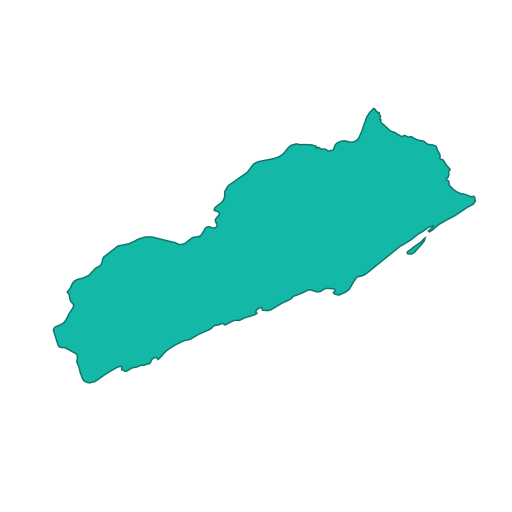 the Province of Namibe, rotated 236°
{"feature_id": "AGO-1893", "entity_name": "Namibe", "entity_type": "Province", "adm_level": 1, "iso_a3": "AGO", "parent_name": "Angola", "parent_adm1": "", "projection": "equal_earth", "projection_center": [12.66, -15.394], "detail": "fine", "context": "isolated", "style": "filled", "palette": "teal", "viewbox_px": 512, "rotation_deg": 236, "n_neighbors": 0, "source": "natural_earth", "source_scale": "10m", "svg_char_len": 4647}
<svg xmlns="http://www.w3.org/2000/svg" viewBox="0 0 512 512"><g transform="rotate(236 256 256)"><path d="M299.0,435.7L297.4,434.2L295.5,434.4L293.6,435.2L284.5,437.3L280.1,440.6L277.4,441.4L275.8,442.5L273.7,443.2L273.3,444.3L273.2,445.6L272.8,446.6L272.1,447.3L270.6,447.9L269.9,448.2L269.2,449.1L268.5,450.8L267.9,451.7L265.0,452.9L261.3,455.2L258.3,458.5L256.7,459.6L254.6,460.0L252.5,460.9L248.7,465.1L246.6,466.5L245.6,466.6L242.6,465.7L237.6,465.2L236.0,464.5L234.0,463.0L233.1,463.0L232.0,464.2L230.7,464.9L225.3,464.6L219.2,465.4L218.9,464.9L218.6,463.8L218.2,462.8L217.4,462.3L216.5,462.0L215.6,461.3L214.8,460.6L214.3,460.0L213.9,459.1L213.8,458.2L213.6,457.4L213.1,456.8L212.3,456.5L211.9,456.8L211.4,457.3L210.5,457.6L207.5,456.4L206.7,455.7L206.1,455.6L205.6,455.9L205.0,456.1L201.1,456.8L197.2,458.2L193.7,460.3L189.7,464.2L186.3,466.4L184.7,467.7L184.2,468.6L184.0,469.4L183.6,469.9L182.3,470.1L181.4,469.8L180.0,468.8L178.8,468.6L178.8,467.7L178.1,467.0L177.7,465.9L177.5,464.5L177.6,463.0L178.2,458.6L178.2,443.6L179.3,433.8L179.9,424.9L178.9,416.9L178.9,413.4L180.4,412.9L180.8,417.7L181.9,419.8L183.3,414.9L183.1,406.2L183.5,403.2L182.7,392.4L183.4,380.4L179.7,337.2L179.8,334.9L180.2,333.1L182.1,327.9L180.1,322.7L176.1,314.4L176.0,309.5L177.3,302.8L178.3,301.8L180.1,300.3L181.8,299.4L182.6,300.1L183.0,302.1L184.0,302.7L185.2,302.2L189.5,296.8L190.2,295.1L190.5,293.6L190.5,290.4L190.8,288.8L192.5,286.1L197.7,282.1L198.8,279.4L199.1,276.1L200.8,267.5L201.8,264.5L200.9,261.4L201.2,258.1L202.3,251.6L203.1,238.1L203.6,236.4L204.4,234.9L207.3,231.2L207.9,231.0L209.2,231.9L209.9,231.9L210.7,230.8L211.1,228.8L211.0,226.8L210.5,225.3L209.2,224.4L208.3,224.8L207.9,224.6L208.1,222.2L209.0,218.6L211.2,211.7L211.6,207.7L212.0,206.1L212.8,204.9L213.8,203.7L214.5,202.5L215.0,201.0L215.8,194.7L215.8,193.2L216.0,192.4L216.6,191.3L217.2,191.3L217.8,191.5L218.4,191.2L219.1,189.7L219.8,186.5L221.5,182.9L221.5,180.9L221.1,178.8L221.0,176.7L221.2,175.2L221.8,172.6L223.2,164.2L223.7,155.1L224.2,153.5L225.5,150.6L226.5,146.6L227.4,139.0L227.7,131.6L227.4,127.9L226.5,124.0L225.9,122.2L225.7,121.3L225.6,120.1L225.5,119.5L225.1,118.4L225.0,117.8L225.1,116.9L225.4,117.0L225.8,117.2L226.5,116.8L227.6,116.5L228.0,116.2L228.3,115.3L228.5,114.3L228.6,113.2L228.5,112.2L227.8,110.6L226.8,109.1L226.3,107.4L227.6,104.5L228.0,102.1L229.8,99.4L230.1,97.7L230.4,96.0L230.9,94.3L232.3,91.3L232.6,90.1L232.7,86.1L232.9,84.3L233.6,82.9L235.7,82.1L236.2,81.5L236.6,81.1L237.3,81.2L238.4,82.4L239.0,82.9L239.6,82.8L241.1,80.2L241.6,76.2L242.2,64.2L241.9,52.9L242.2,51.5L243.4,48.5L243.7,47.2L246.5,44.7L248.1,43.8L250.5,43.4L258.3,45.3L262.5,47.0L268.5,48.2L272.2,51.7L274.2,52.4L276.6,51.7L285.8,46.9L287.3,45.8L288.6,43.9L289.9,42.4L292.2,41.9L308.0,46.6L309.2,48.5L309.3,50.5L308.3,55.7L308.1,58.4L308.6,60.9L309.7,63.6L312.8,69.0L315.0,74.3L316.1,76.4L317.8,77.6L321.9,77.0L324.6,77.7L327.7,79.2L329.0,79.6L331.7,79.3L332.8,83.1L333.7,85.0L335.1,87.0L336.3,89.4L336.8,92.0L336.3,95.0L335.9,96.5L334.5,99.9L333.4,106.3L335.6,116.3L335.1,120.2L335.4,122.4L337.1,125.3L338.7,126.5L340.2,128.7L341.5,147.1L337.2,157.4L336.2,163.7L336.0,166.4L335.5,169.0L333.7,174.4L332.1,177.3L329.7,180.6L313.9,194.9L312.1,196.7L310.6,197.3L308.7,198.5L307.1,200.9L306.1,204.0L306.7,212.3L306.6,214.2L304.6,218.4L304.0,220.0L304.0,222.4L307.4,229.8L307.4,231.7L306.7,233.3L303.5,235.8L302.2,237.7L302.2,239.7L303.5,241.3L307.4,241.7L309.0,242.7L309.9,245.3L310.4,247.9L311.8,249.6L313.6,249.6L315.5,247.9L317.4,246.9L318.8,248.6L319.2,250.8L319.7,257.7L320.7,260.5L322.2,262.6L324.0,264.3L326.9,266.1L329.8,272.2L330.2,295.3L333.5,305.2L333.4,308.3L332.7,311.2L326.8,325.1L326.0,328.0L325.4,331.3L325.3,334.0L325.6,336.4L327.7,343.3L328.1,347.0L326.6,351.7L326.1,352.4L325.8,352.8L324.2,354.1L318.6,362.4L316.3,364.9L313.6,367.1L313.2,367.3L312.8,367.3L312.5,366.9L312.3,366.6L312.0,366.3L310.9,368.7L310.4,369.1L309.8,369.3L309.2,369.4L308.3,369.8L307.8,370.3L306.1,373.0L305.3,373.5L304.5,373.8L303.6,374.0L303.0,374.3L302.6,374.7L302.4,375.2L301.8,376.5L300.5,379.1L302.1,381.4L302.9,382.3L303.5,383.1L304.0,384.4L304.3,386.9L303.6,390.6L302.3,393.4L300.4,395.5L298.5,396.9L296.8,399.0L295.8,401.3L295.6,404.2L296.4,407.2L300.0,413.1L309.1,425.2L311.5,430.7L312.6,436.2L310.5,436.9L310.0,436.9L309.4,436.4L308.1,436.8L306.0,438.1L306.0,437.3L305.1,437.7L304.1,437.7L302.2,437.3L301.3,436.7L300.7,435.6L300.1,434.9L299.0,435.7ZM175.3,396.3L175.4,400.7L176.3,404.8L176.4,406.3L174.4,403.9L173.3,400.6L170.5,389.4L170.6,386.2L171.5,384.8L173.2,382.9L174.7,383.5L174.9,389.1L175.3,391.6L175.3,396.3Z" fill="#14b8a6" stroke="#0f766e" stroke-width="1.5"/></g></svg>